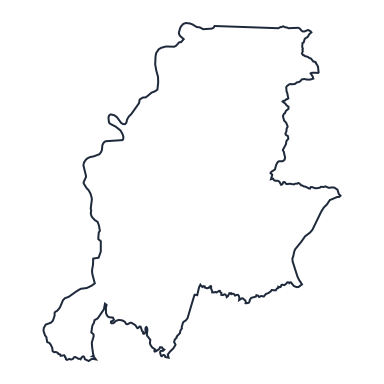 Villavieja, Huila, Colombia (Albers equal-area conic projection)
{"feature_id": "7082276B65922719732159", "entity_name": "Villavieja", "entity_type": "district", "adm_level": 2, "iso_a3": "COL", "parent_name": "Colombia", "parent_adm1": "Huila", "projection": "albers", "projection_center": [-75.128, 3.284], "detail": "fine", "context": "isolated", "style": "outline", "palette": "slate", "viewbox_px": 384, "rotation_deg": 0, "n_neighbors": 0, "source": "geoboundaries", "source_scale": "gbopen_adm2", "svg_char_len": 5924}
<svg xmlns="http://www.w3.org/2000/svg" viewBox="0 0 384 384"><path d="M54.1,352.2L55.7,352.0L56.7,352.3L58.1,353.2L58.4,354.0L60.1,354.4L60.6,355.8L64.3,355.3L65.1,356.5L65.0,357.1L65.8,357.9L65.9,359.2L67.0,359.9L69.5,358.9L70.8,359.5L71.7,359.4L73.0,358.8L74.0,357.3L75.3,357.0L78.7,358.9L80.1,358.7L80.6,359.2L82.2,356.8L83.5,356.4L84.2,357.1L84.9,359.2L88.6,361.0L91.5,359.1L93.2,358.9L95.8,359.4L93.7,356.5L92.4,356.3L93.6,355.5L93.2,354.5L92.1,346.9L91.8,342.6L93.7,336.2L93.5,334.3L91.3,332.4L92.4,325.5L94.0,322.7L94.5,320.2L97.7,318.4L103.8,309.5L105.0,303.7L106.6,305.0L105.9,307.2L106.0,313.1L106.9,315.2L107.7,316.4L109.0,317.2L112.9,317.6L113.9,319.6L113.0,320.7L111.0,321.5L111.0,322.7L111.5,323.3L113.4,323.2L116.1,320.8L118.9,319.9L122.2,320.4L123.7,321.1L125.0,322.0L126.1,323.9L126.8,324.2L127.6,324.2L130.4,322.7L131.6,322.9L135.3,325.1L137.4,328.2L138.3,327.9L139.6,326.5L140.6,326.7L142.1,331.1L143.1,331.9L143.1,333.5L143.6,333.8L144.5,333.6L145.6,332.1L145.4,329.0L145.6,327.8L146.3,327.0L146.8,327.4L147.4,329.4L146.9,334.9L147.3,336.0L150.3,339.8L149.9,343.2L150.5,345.0L152.2,347.4L155.3,349.6L155.3,350.2L154.4,350.8L154.4,351.2L154.8,351.6L156.4,351.0L159.4,348.8L160.1,347.2L162.2,347.5L162.6,348.7L164.3,349.6L163.1,350.8L160.8,351.0L160.3,351.4L160.1,352.7L161.0,355.8L161.8,356.2L163.1,355.1L163.9,355.0L164.9,355.6L165.3,357.0L168.6,357.7L167.8,354.5L169.9,351.7L173.4,348.3L175.3,345.2L175.5,344.5L174.1,342.1L174.8,339.5L176.7,337.6L176.7,336.5L179.8,333.3L180.5,330.4L181.9,328.5L181.7,327.1L182.9,322.9L183.5,321.9L185.8,320.4L187.5,318.3L194.4,295.1L194.7,294.7L197.2,295.2L199.1,287.1L200.4,284.7L201.6,286.4L202.6,287.0L203.1,286.2L204.2,286.2L204.7,286.4L204.9,287.6L207.3,288.3L208.4,287.8L209.4,287.7L209.5,286.8L210.8,286.0L211.1,286.4L211.2,288.9L212.2,291.3L212.2,292.4L213.9,292.4L215.4,292.0L216.3,292.5L219.2,290.9L219.9,290.9L220.2,292.0L221.4,292.9L221.3,294.9L222.9,295.1L224.5,294.3L225.3,294.5L226.4,295.8L226.7,297.1L227.9,296.2L229.4,293.2L231.0,293.2L231.0,294.0L231.3,294.2L232.7,293.7L233.9,294.0L235.0,295.6L236.7,294.9L238.0,294.9L238.7,295.6L239.4,297.9L239.1,300.1L241.9,298.3L242.7,298.3L245.3,300.5L245.9,302.2L245.6,303.2L246.1,303.3L248.7,302.8L249.6,301.4L249.8,299.8L251.2,297.9L255.9,296.6L256.4,295.2L258.1,295.7L259.1,297.0L261.1,296.0L263.8,296.5L265.9,294.0L268.5,293.0L270.8,291.3L271.7,290.0L275.7,290.4L276.9,288.5L278.3,288.0L278.3,286.7L280.2,287.1L280.7,286.9L281.5,284.9L282.0,284.7L284.4,285.1L286.0,283.9L287.4,282.3L289.2,282.5L289.4,283.1L290.5,282.3L291.0,282.4L293.7,285.9L296.5,287.1L298.5,287.0L302.0,284.4L299.0,279.8L297.4,276.4L292.6,261.4L292.4,258.4L293.2,256.5L294.3,251.3L295.3,249.1L301.4,241.6L305.1,236.3L310.0,232.6L312.4,229.8L321.3,211.5L323.9,207.4L326.9,204.5L329.8,200.1L337.2,197.0L339.2,196.9L340.5,195.7L338.8,194.0L337.4,189.6L334.3,187.6L332.8,187.4L328.6,187.8L325.4,186.4L323.5,187.0L320.8,186.8L320.0,187.6L317.2,188.2L314.9,188.2L312.5,187.2L311.1,187.0L310.6,187.2L310.1,188.5L309.1,188.5L305.3,186.6L303.8,186.4L302.1,185.4L301.2,185.4L299.7,183.7L298.3,183.0L297.1,183.7L295.4,183.7L293.8,184.4L289.8,183.7L287.1,184.1L285.9,183.7L284.9,182.3L284.2,182.0L283.3,182.2L282.4,184.2L281.1,184.8L279.3,181.6L278.4,181.1L277.1,180.7L275.1,180.8L273.8,179.9L272.9,178.6L271.0,179.2L272.2,175.1L272.2,174.6L270.5,173.1L271.2,171.9L274.9,169.5L276.1,165.1L277.5,162.3L278.8,161.3L282.8,161.2L284.6,159.7L285.1,157.7L283.8,151.9L282.8,150.0L285.9,144.3L286.5,140.8L288.2,139.0L288.3,138.2L287.9,136.1L285.9,134.9L285.4,133.7L286.4,131.3L286.7,128.3L287.6,126.9L287.6,126.3L286.1,122.6L284.1,120.6L282.9,116.1L284.0,113.7L285.0,113.2L285.9,110.9L288.4,108.9L288.6,106.9L286.4,105.1L285.3,103.6L282.6,101.6L283.2,100.9L285.1,100.5L286.4,99.2L287.5,99.1L288.3,98.4L287.2,92.8L286.6,91.6L286.2,87.3L286.8,86.2L288.7,84.7L290.3,84.0L292.1,84.3L295.1,83.9L296.8,82.4L298.8,82.1L300.3,81.2L301.8,79.4L304.4,79.0L307.0,79.6L310.1,79.6L313.3,78.6L312.8,76.7L310.6,73.4L311.4,72.9L313.0,72.7L318.2,72.9L318.6,72.4L318.0,66.7L316.7,64.2L315.8,63.3L315.8,62.3L314.7,61.7L313.4,61.6L310.9,58.5L309.4,58.1L308.1,57.0L304.4,55.9L303.8,55.1L302.9,55.0L301.9,53.5L302.8,51.2L302.4,49.7L302.9,48.8L302.2,46.9L302.5,43.0L303.7,42.4L304.6,39.2L305.2,38.5L307.8,36.8L309.1,34.4L311.4,32.3L310.2,31.0L308.0,30.0L304.3,31.5L302.7,31.4L301.4,30.6L299.9,28.6L298.2,27.8L288.4,28.2L287.0,27.5L284.8,27.2L283.5,26.4L282.5,26.5L281.6,27.1L280.6,27.0L278.4,28.2L277.6,28.2L214.6,26.0L213.6,27.7L211.8,28.6L203.2,29.2L199.8,27.4L196.7,27.0L192.4,24.4L190.0,23.5L185.8,23.0L183.2,24.0L181.1,26.3L180.1,28.2L178.9,32.5L179.0,33.8L179.9,35.8L183.7,39.1L181.1,42.1L179.2,42.3L176.1,45.7L174.3,46.7L165.9,46.5L161.2,47.8L158.7,49.3L156.1,53.2L155.5,56.9L155.2,64.4L156.2,70.2L158.0,76.8L158.2,82.4L157.4,89.6L154.8,91.4L151.6,92.6L145.9,97.3L142.7,97.6L139.7,99.5L139.0,103.2L131.2,114.2L129.0,116.3L127.9,118.0L127.0,119.8L126.4,122.6L125.1,124.1L123.2,124.1L121.2,123.0L116.9,117.1L114.1,115.2L110.7,114.4L109.6,115.0L108.7,116.3L108.5,118.3L109.0,122.5L110.3,123.9L115.8,126.7L120.5,130.5L122.5,134.0L123.4,136.9L123.2,139.0L122.5,140.1L106.0,141.2L104.5,141.8L103.3,143.3L102.4,145.1L101.9,150.1L101.1,152.0L99.4,154.2L93.7,156.4L90.3,157.0L87.9,158.1L86.0,159.5L84.0,162.5L83.4,165.3L85.9,175.5L86.0,177.0L83.6,182.3L83.7,183.5L86.5,188.0L88.5,190.1L90.5,193.6L91.5,197.0L91.9,199.3L90.7,208.6L91.2,210.0L90.8,213.3L91.1,214.9L91.9,216.9L94.6,219.9L97.6,221.9L98.9,225.4L99.9,230.8L98.8,232.3L98.3,238.0L98.4,239.2L100.8,241.2L100.8,251.5L98.6,257.7L93.2,258.6L93.0,264.7L92.0,270.4L92.3,273.9L94.8,283.4L91.4,285.8L86.8,288.0L80.7,288.8L76.5,291.3L68.8,296.8L64.9,298.2L63.0,300.2L60.0,307.3L58.9,308.9L56.9,311.0L55.3,311.8L54.6,312.8L54.6,315.7L52.9,320.7L50.9,322.7L45.7,324.6L43.8,328.0L43.5,330.9L45.0,335.4L46.3,336.9L47.2,342.1L49.3,342.9L50.8,344.8L52.3,348.1L52.6,351.1L54.1,352.2Z" fill="none" stroke="#1e293b" stroke-width="2"/></svg>